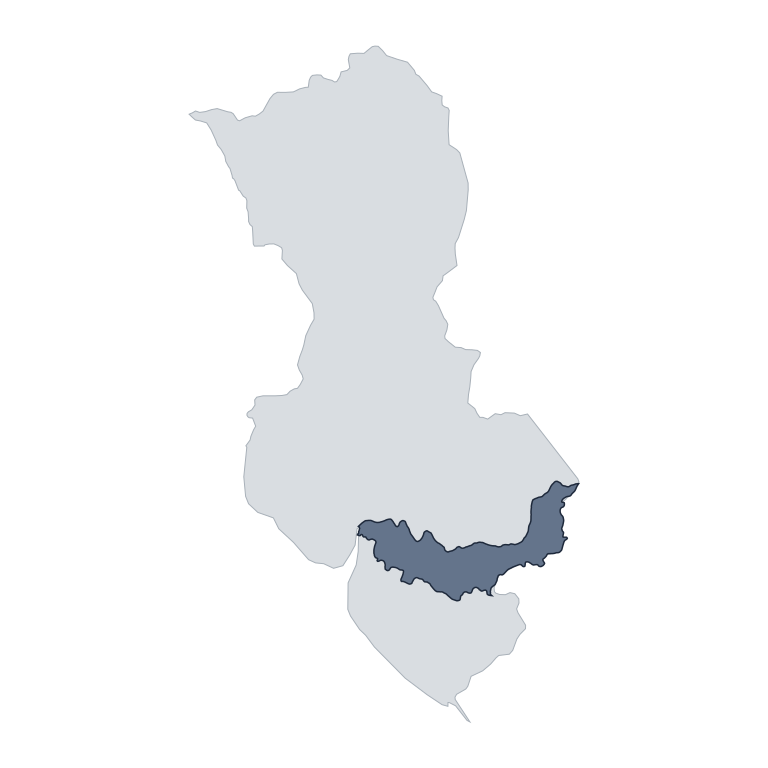 VII-1 Cuyuni, Cuyuni-Mazaruni, Guyana shown in context, rotated 180°
{"feature_id": "73187651B99697298922199", "entity_name": "VII-1 Cuyuni", "entity_type": "district", "adm_level": 2, "iso_a3": "GUY", "parent_name": "Guyana", "parent_adm1": "Cuyuni-Mazaruni", "projection": "natural_earth1", "projection_center": [-59.979, 6.583], "detail": "fine", "context": "in_parent", "style": "filled", "palette": "slate", "viewbox_px": 768, "rotation_deg": 180, "n_neighbors": 0, "source": "geoboundaries", "source_scale": "gbopen_adm2", "svg_char_len": 9661}
<svg xmlns="http://www.w3.org/2000/svg" viewBox="0 0 768 768"><g transform="rotate(180 384 384)"><path d="M240.5,354.0L223.7,332.4L206.8,310.6L190.2,289.2L189.1,286.3L196.0,276.1L202.2,268.7L207.4,264.6L209.9,260.9L208.0,245.2L208.1,239.6L205.7,233.4L204.0,226.5L206.1,220.8L208.6,216.7L211.8,215.2L219.6,213.8L225.0,213.2L227.0,210.9L230.2,208.2L234.3,208.1L242.5,210.0L246.2,206.5L253.0,201.8L268.1,193.7L271.5,188.4L273.9,180.2L273.6,176.3L272.1,174.8L268.3,173.5L262.6,173.3L258.0,175.4L253.2,174.3L249.2,169.2L249.0,165.0L251.4,159.1L250.0,155.2L242.4,142.8L242.5,139.3L248.0,133.7L251.1,129.0L255.3,117.6L258.7,113.8L269.3,112.5L272.0,110.1L277.3,104.0L285.3,97.2L296.9,91.7L300.2,81.7L302.2,79.0L311.4,73.7L313.0,70.9L312.8,68.5L298.1,46.1L301.0,47.6L312.4,62.2L318.7,65.4L320.0,65.5L320.1,61.7L325.9,63.3L340.9,73.3L362.8,89.8L393.6,121.0L402.4,132.8L408.3,138.4L417.5,152.0L420.2,158.7L419.9,185.1L411.8,203.0L409.8,216.5L409.4,234.4L404.7,244.7L411.0,239.1L412.9,222.9L418.2,213.1L425.1,202.3L434.4,199.7L444.3,204.3L452.4,205.1L459.4,208.3L474.5,225.6L489.2,239.2L494.6,250.1L510.2,255.6L519.4,264.2L522.4,271.7L524.2,291.2L521.2,320.7L522.1,322.2L517.9,328.0L517.1,331.7L514.4,338.2L512.3,341.8L515.4,349.9L518.9,350.3L520.2,351.3L521.1,352.9L520.9,354.6L519.6,356.2L516.2,358.2L513.0,362.9L513.3,368.1L511.3,370.8L504.9,372.2L492.3,372.2L486.1,372.5L481.1,373.4L477.9,376.8L473.8,379.1L470.5,379.7L467.7,383.6L464.8,389.1L465.8,392.9L468.7,398.0L470.5,403.1L468.2,411.5L465.7,418.0L464.2,422.9L462.2,432.4L457.4,442.8L453.9,448.8L454.0,455.2L455.7,464.4L465.6,477.8L468.9,484.1L471.6,494.4L480.5,502.4L486.1,509.0L485.6,517.6L486.4,520.3L489.9,522.4L494.1,524.1L498.8,524.0L503.0,523.2L503.9,522.0L513.6,521.9L514.7,524.0L515.3,536.4L515.7,541.4L518.0,543.4L519.4,546.5L519.4,549.3L519.9,556.2L521.3,559.9L521.1,567.3L522.1,570.0L524.8,571.9L528.2,577.2L529.4,577.8L530.1,579.7L533.0,587.3L534.5,589.5L535.5,589.9L535.9,592.5L538.0,599.5L539.4,601.3L542.2,606.5L543.2,612.1L546.8,618.5L550.5,623.0L552.1,627.6L556.8,637.9L561.3,645.1L567.4,647.0L572.6,648.0L575.8,650.8L578.9,653.8L575.5,655.2L572.5,657.0L568.3,655.6L562.5,656.4L556.4,658.4L550.8,659.4L540.2,656.2L537.0,655.7L534.8,654.3L530.5,647.9L528.4,647.2L522.8,650.2L515.9,652.2L512.6,651.8L508.7,654.0L505.0,656.9L498.1,669.3L494.5,673.7L490.6,675.7L482.9,675.6L474.6,676.1L468.4,679.1L462.6,680.6L459.7,680.8L458.8,687.6L457.4,690.8L455.6,692.6L451.1,693.1L447.1,692.9L444.6,690.1L440.1,688.6L436.0,687.6L433.4,686.0L431.3,686.4L429.5,689.2L428.1,691.7L426.9,696.1L420.8,697.6L418.2,700.1L419.7,708.4L419.0,711.7L417.7,714.2L410.3,714.8L404.0,714.6L400.3,717.7L395.8,721.3L393.1,721.9L389.8,721.7L385.5,717.5L381.4,712.4L370.9,708.8L360.5,705.8L353.7,697.7L352.1,693.7L348.9,691.9L340.8,682.3L336.3,676.1L331.5,674.4L325.9,671.8L326.2,667.3L325.8,663.0L323.4,661.2L320.0,660.0L318.8,657.6L319.2,651.9L319.8,637.3L318.9,623.3L311.4,618.4L308.2,615.1L302.5,594.4L299.9,585.0L299.8,578.1L301.6,557.4L303.8,548.5L309.5,530.5L312.8,524.4L313.0,519.9L312.7,514.0L311.0,502.5L320.7,495.2L324.9,492.2L325.6,487.3L330.9,481.2L333.2,475.3L335.1,470.7L334.6,468.3L332.3,466.8L329.6,462.4L324.0,449.8L321.9,447.3L320.2,443.7L321.1,438.1L323.3,432.1L323.0,429.5L319.6,426.3L312.7,420.8L306.9,420.4L302.4,418.4L295.9,418.2L290.6,417.6L287.6,415.5L288.2,412.2L289.5,409.6L294.0,403.3L296.9,396.5L297.3,389.8L298.2,381.1L299.5,373.5L300.2,365.0L293.2,359.4L291.0,354.7L288.2,350.6L285.0,350.6L280.3,348.9L272.8,354.3L267.0,353.3L263.0,355.3L253.7,354.9L247.7,352.3L240.5,354.0Z" fill="#d9dde1" stroke="#a8b0b8" stroke-width="1"/><path d="M393.2,211.5L392.5,210.4L391.0,209.8L390.3,209.2L390.9,207.3L390.4,206.7L389.8,206.7L389.0,206.9L387.5,207.7L386.7,207.8L385.1,207.4L384.3,206.9L383.8,206.3L383.3,205.3L382.8,203.4L382.8,202.3L383.0,201.3L382.8,198.9L381.7,198.0L381.1,197.6L380.4,197.4L379.7,197.5L378.9,197.9L378.4,198.5L377.5,200.0L377.0,200.5L375.7,200.9L374.8,200.9L373.9,200.7L372.8,200.6L371.2,200.1L369.9,199.4L368.5,198.4L367.8,198.1L366.9,198.1L365.3,197.8L364.6,197.3L364.5,196.5L364.6,195.7L365.0,193.8L365.9,191.3L367.0,188.8L367.1,187.9L366.9,187.0L366.3,186.5L365.5,186.6L364.6,186.5L363.0,185.9L360.2,184.5L358.9,184.0L358.2,183.9L356.8,184.3L356.1,184.8L355.9,185.6L354.3,188.5L353.7,189.3L352.5,190.1L351.6,190.4L350.7,190.3L348.6,189.3L346.2,188.9L345.5,188.6L345.0,188.1L344.1,186.8L343.4,186.2L340.5,185.9L339.9,185.3L338.6,184.6L338.0,184.1L337.1,182.4L334.5,179.2L332.7,177.3L331.2,176.4L330.4,176.3L328.9,176.3L327.5,176.1L326.8,176.2L326.0,176.1L325.2,175.9L324.4,175.3L322.2,174.3L321.5,173.8L320.2,172.5L318.8,171.3L316.4,169.2L315.5,168.7L312.3,167.6L311.5,167.3L310.1,167.3L308.7,167.7L308.1,168.1L307.8,168.8L307.4,171.5L306.9,172.4L305.7,173.2L305.2,174.0L304.9,174.8L303.8,175.8L303.0,176.1L301.4,176.1L300.6,175.6L299.7,175.1L298.0,174.8L297.4,175.0L296.7,175.3L295.7,177.5L295.5,178.4L294.6,179.6L293.2,180.5L292.5,180.6L291.6,180.6L291.0,180.4L290.2,179.9L289.5,179.6L288.6,178.2L287.5,177.8L287.0,177.1L286.2,176.9L285.4,177.1L284.0,177.7L282.6,177.9L281.8,177.5L281.3,176.9L281.1,175.8L281.0,174.9L280.8,173.9L280.2,173.3L279.4,172.9L278.1,172.6L276.2,172.4L276.9,173.0L277.5,173.7L277.6,174.6L277.5,175.5L277.7,176.5L277.0,179.8L276.5,180.5L275.7,181.3L273.6,182.9L273.0,183.4L272.5,184.2L272.2,185.0L271.2,187.0L270.9,188.0L270.8,189.2L270.4,190.4L269.8,192.2L269.2,192.8L268.2,193.3L267.3,193.4L266.6,193.2L265.9,193.1L264.8,193.6L264.0,194.3L260.6,197.9L260.0,198.4L259.3,198.9L256.7,200.1L255.0,201.0L249.0,203.3L248.3,203.5L246.7,203.2L245.4,201.8L244.7,201.4L243.9,201.4L243.2,201.7L242.9,202.8L242.7,205.0L242.3,205.8L241.5,206.1L240.8,206.2L239.0,205.8L238.1,205.1L237.2,204.6L235.8,203.5L235.1,203.2L234.4,203.0L232.7,203.3L230.8,203.4L230.1,203.0L229.6,202.3L228.9,201.7L228.1,201.5L227.3,201.4L226.5,201.6L225.6,202.1L224.8,202.6L224.3,203.2L223.8,203.8L223.4,204.7L223.8,205.5L224.4,206.3L225.2,208.0L225.0,208.8L224.2,209.5L223.5,210.0L221.9,211.7L221.4,212.4L221.1,213.2L220.6,213.9L219.9,214.3L216.9,214.4L215.3,214.4L213.4,214.7L211.7,215.3L210.2,215.3L209.4,215.4L208.7,215.7L208.1,216.1L206.6,217.6L206.2,218.4L205.1,222.6L204.3,225.2L204.1,226.0L203.5,227.1L202.9,227.8L201.4,228.7L200.7,229.5L201.0,230.4L201.6,230.8L204.3,230.8L205.1,231.2L205.0,232.5L204.5,234.8L204.5,235.7L205.1,236.4L205.8,237.3L205.9,238.1L206.3,238.9L206.2,240.0L205.2,242.6L204.4,246.6L204.3,247.9L204.9,250.9L205.5,251.9L206.7,253.2L207.5,254.8L207.8,255.9L207.9,257.2L207.8,258.1L207.6,258.9L207.1,259.8L206.5,260.4L204.8,261.1L204.2,261.7L203.7,262.7L203.6,263.6L203.6,264.4L203.8,265.3L204.4,265.6L206.0,265.8L206.3,266.5L206.1,267.3L205.7,268.1L205.0,269.0L204.2,269.7L202.5,270.7L201.6,271.2L200.7,271.5L199.9,271.5L197.8,272.1L197.0,272.8L196.0,274.3L193.8,276.4L193.2,277.1L192.8,277.8L192.4,278.6L191.2,281.4L190.2,283.1L189.4,284.3L192.2,284.1L194.4,283.2L196.9,282.7L199.1,281.3L200.1,281.2L201.6,281.5L202.6,281.9L204.8,282.3L205.6,282.6L206.1,283.1L207.2,284.5L207.9,285.2L210.9,286.7L212.3,286.6L212.9,286.3L213.6,285.8L214.8,284.4L215.6,283.8L217.1,281.7L219.2,277.3L219.9,276.3L220.7,275.5L223.0,274.2L223.9,273.4L225.8,271.5L227.5,271.0L228.3,270.9L229.4,270.7L231.7,269.7L232.7,269.4L235.0,268.2L235.7,266.6L236.1,264.9L236.5,263.0L236.7,261.8L236.6,260.5L236.8,259.2L237.0,256.9L237.0,254.6L236.8,253.7L237.0,251.8L237.0,249.8L237.1,247.2L237.7,245.1L238.1,244.2L238.9,242.6L239.3,241.1L239.7,237.4L239.9,236.5L241.1,233.9L242.1,231.9L242.5,231.3L244.0,229.8L244.4,228.8L245.8,226.7L247.2,225.7L248.7,225.0L249.7,224.4L251.8,223.7L252.6,223.5L253.3,223.4L255.0,223.8L257.0,224.1L257.7,223.9L258.5,223.4L259.3,223.1L262.3,223.4L263.6,223.3L265.4,222.8L266.7,221.6L267.4,221.4L269.3,221.1L270.9,221.4L272.7,222.1L275.3,222.2L277.7,222.6L280.2,223.3L281.0,223.7L282.3,224.1L284.6,225.2L285.4,225.5L286.4,225.5L287.2,225.7L288.8,225.8L290.3,225.4L291.1,225.0L292.6,225.0L293.5,224.9L294.2,224.6L296.3,222.9L297.1,222.5L297.9,222.4L298.6,222.1L299.3,221.9L300.9,221.2L301.9,221.1L303.3,220.3L305.0,219.8L305.8,219.8L306.6,220.0L308.5,221.3L309.3,221.4L311.0,220.7L312.1,219.4L312.8,218.8L315.5,217.3L318.8,216.5L319.5,216.1L320.2,216.0L321.7,216.6L323.0,217.8L323.3,218.5L323.8,220.5L324.3,221.1L325.1,221.6L326.3,222.8L327.0,223.2L328.4,224.3L329.0,224.7L329.8,225.0L330.5,225.4L332.7,227.4L334.4,229.8L336.0,233.2L337.0,235.0L339.8,236.5L340.4,237.0L341.1,237.2L341.8,237.1L343.1,236.3L343.7,235.8L344.1,235.0L344.5,233.3L344.8,232.5L345.6,230.8L346.0,230.0L346.6,229.3L347.5,228.0L349.6,226.7L350.4,226.5L351.7,226.8L353.1,228.2L355.3,231.4L357.3,234.1L358.0,236.0L358.4,236.8L358.8,238.5L359.6,240.1L361.0,242.1L361.3,243.0L361.7,243.7L362.6,246.2L363.2,246.8L364.7,247.4L365.5,247.4L366.4,247.0L367.8,246.0L368.7,244.5L368.8,243.6L369.6,242.1L370.8,241.3L371.7,241.7L372.4,242.2L373.6,244.3L374.1,244.9L374.9,246.3L376.4,248.2L377.0,248.7L377.7,248.9L379.2,248.8L380.9,248.4L382.4,247.8L383.1,247.4L385.6,246.5L387.5,246.0L388.3,245.7L389.2,245.6L391.0,245.5L393.4,246.0L394.9,246.7L397.2,247.6L399.5,247.6L401.0,247.4L402.0,247.4L402.7,247.2L403.3,246.9L406.2,244.8L409.6,241.6L408.9,241.2L408.3,239.6L408.6,239.0L408.8,237.7L409.4,236.2L409.4,235.7L409.3,235.1L409.4,234.7L409.9,234.4L410.3,233.7L410.6,233.1L408.5,232.3L407.7,232.5L407.3,233.1L406.6,233.5L405.8,233.3L405.3,232.5L405.0,231.6L404.4,231.1L402.8,231.1L402.0,230.8L401.7,230.0L401.2,229.4L400.7,228.8L400.0,228.3L399.3,228.1L398.6,228.1L397.9,228.5L396.3,228.9L395.5,228.9L394.0,228.2L392.6,227.3L392.2,226.6L392.0,225.6L393.4,221.7L394.0,218.7L394.1,217.7L394.1,215.1L394.0,214.3L393.7,213.6L393.6,212.4L393.2,211.5Z" fill="#64748b" stroke="#1e293b" stroke-width="1.5"/></g></svg>